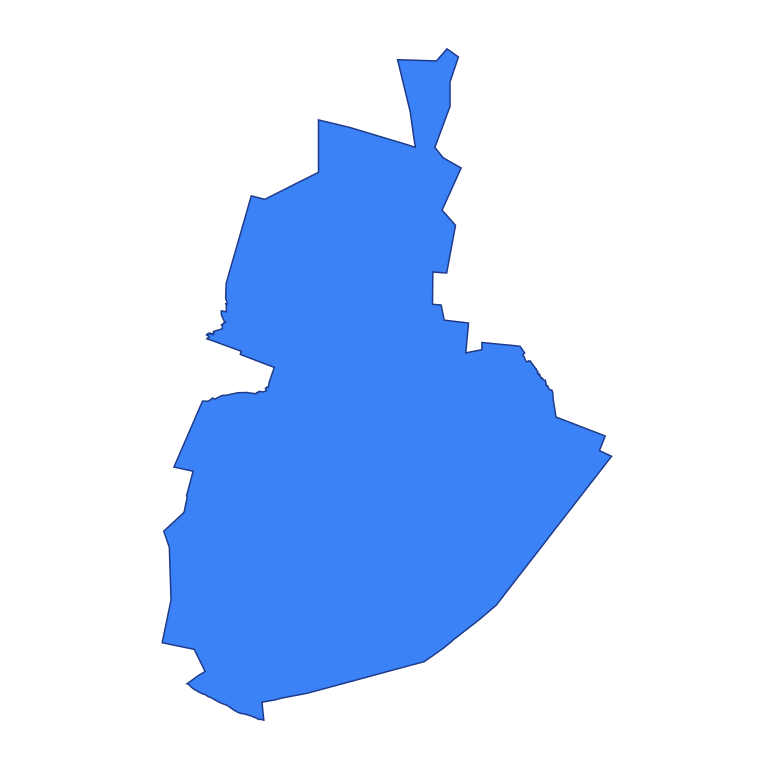 Villa de Ramos, San Luis Potosí, Mexico, rotated 269°
{"feature_id": "50627088B71687106347178", "entity_name": "Villa de Ramos", "entity_type": "district", "adm_level": 2, "iso_a3": "MEX", "parent_name": "Mexico", "parent_adm1": "San Luis Potosí", "projection": "mercator", "projection_center": [-101.949, 22.904], "detail": "fine", "context": "isolated", "style": "filled", "palette": "blue", "viewbox_px": 768, "rotation_deg": 269, "n_neighbors": 0, "source": "geoboundaries", "source_scale": "gbopen_adm2", "svg_char_len": 5381}
<svg xmlns="http://www.w3.org/2000/svg" viewBox="0 0 768 768"><g transform="rotate(269 384 384)"><path d="M574.4,254.6L566.6,252.2L532.3,241.7L508.9,234.5L502.4,232.5L500.7,232.0L499.9,231.8L499.2,231.5L498.5,231.3L497.4,231.0L493.2,229.7L492.8,229.6L492.1,229.4L487.2,227.9L472.8,227.2L471.2,227.5L469.7,228.0L468.5,228.5L466.8,228.5L467.0,227.2L465.4,227.6L464.1,227.8L462.2,227.6L460.6,227.6L459.0,227.6L460.0,222.6L458.2,222.6L457.5,222.6L457.4,222.5L456.3,222.7L455.5,222.8L455.4,222.8L449.8,225.3L448.4,225.7L448.4,226.1L447.9,225.2L447.4,224.2L446.9,224.4L446.4,223.4L445.9,222.4L445.2,222.8L445.1,223.0L444.2,223.3L442.7,223.4L442.1,223.4L441.6,221.7L440.7,218.7L440.2,217.1L440.3,217.0L439.7,215.4L439.7,215.1L439.3,214.3L438.7,214.5L438.3,214.5L438.2,214.6L437.8,214.6L437.4,214.7L437.3,214.2L436.6,214.3L436.6,214.2L436.5,213.8L436.4,213.7L436.4,213.3L436.8,213.3L437.3,213.2L437.3,212.9L436.8,212.9L436.8,212.4L436.8,212.1L437.3,212.1L437.3,211.5L437.5,211.4L437.5,210.8L437.9,210.9L437.9,210.4L437.8,209.5L437.0,208.1L436.1,207.4L435.8,207.9L436.3,208.5L435.9,209.2L434.9,209.1L434.3,210.1L433.6,209.8L433.1,208.4L432.3,207.7L430.0,213.9L419.2,241.9L416.1,240.8L410.0,255.9L402.5,274.6L388.0,269.3L384.1,268.5L382.8,268.2L383.0,267.0L382.9,266.9L382.3,266.2L381.6,265.5L381.6,265.4L379.2,266.3L378.3,263.2L378.2,262.9L378.8,259.2L378.4,259.1L378.6,258.4L377.8,258.1L377.7,257.0L377.4,256.4L376.5,256.2L377.0,252.4L377.2,250.9L377.6,248.2L377.9,247.7L377.8,246.5L377.9,246.0L377.9,244.8L377.9,243.7L377.8,240.4L377.9,238.3L377.7,237.3L377.6,236.2L377.4,235.5L377.1,234.2L376.8,232.6L376.6,231.4L376.4,230.1L376.1,229.2L375.8,228.4L375.6,226.0L375.4,223.9L375.5,222.6L374.7,220.4L373.2,217.3L372.5,216.0L371.7,215.0L373.0,212.4L372.5,211.7L372.4,211.7L372.1,211.3L372.0,211.2L371.8,211.0L371.4,210.3L371.0,209.6L370.5,208.9L370.1,208.2L369.9,207.0L370.0,205.8L370.0,205.3L370.0,204.5L370.0,203.7L370.0,202.9L370.0,202.2L335.2,186.4L304.6,172.5L300.1,191.6L275.5,184.6L274.0,185.2L259.1,181.8L240.7,161.2L224.5,166.5L171.9,167.3L129.2,157.7L126.3,170.5L122.0,189.6L99.8,200.1L98.2,197.6L96.4,194.4L94.7,191.8L92.5,188.7L92.0,188.0L88.3,182.6L87.7,181.8L87.6,182.3L87.2,182.9L87.0,183.3L86.8,183.5L86.5,183.9L86.0,184.3L85.6,184.9L85.1,185.3L84.5,185.8L83.7,186.8L83.0,187.6L82.5,188.3L82.1,188.8L82.0,189.0L81.6,189.4L81.3,189.9L81.2,190.1L81.2,190.5L81.2,191.0L80.7,191.6L80.5,191.8L80.1,192.1L79.8,192.4L79.1,193.6L79.3,193.8L79.0,194.3L78.7,194.8L78.2,195.7L77.8,196.5L77.5,197.0L77.3,197.7L77.0,198.3L76.9,198.8L76.7,199.4L76.5,200.0L75.9,200.7L75.6,201.2L75.3,201.6L75.0,202.1L74.7,202.5L74.5,202.8L74.1,203.9L74.0,204.1L73.8,204.9L70.5,210.4L68.5,214.0L65.2,221.9L60.0,229.0L59.9,229.6L59.5,230.2L59.3,230.7L59.2,230.8L58.7,231.4L58.5,231.6L58.3,231.9L58.3,232.0L58.1,232.6L57.6,233.7L57.1,235.1L57.0,236.1L56.7,237.6L56.6,238.1L56.3,239.0L56.1,239.6L56.2,240.0L55.9,240.8L55.6,241.7L55.3,242.5L55.2,242.6L54.8,244.1L54.7,244.4L54.7,244.6L54.5,245.2L54.1,246.1L53.9,246.7L53.6,247.1L53.3,247.6L53.2,247.7L53.1,248.2L53.0,248.5L52.9,248.9L52.2,250.3L52.0,250.7L51.8,251.0L51.4,251.8L51.0,252.5L50.9,252.6L50.9,252.9L50.8,253.9L50.8,254.7L50.7,255.3L50.7,255.5L50.7,255.8L50.4,256.6L50.3,256.8L50.2,257.1L50.1,257.3L50.0,258.0L56.4,257.4L57.7,257.3L68.0,256.5L68.7,261.0L69.1,263.2L69.5,266.1L70.1,269.7L71.1,273.8L71.5,275.4L71.8,276.7L76.2,302.1L90.6,359.4L101.8,403.6L105.7,419.4L118.9,438.9L121.7,442.4L125.8,447.6L127.1,448.9L127.5,449.4L128.8,451.3L133.2,457.1L139.7,465.8L144.8,472.6L148.0,476.7L149.3,478.3L150.1,479.3L155.5,485.8L160.9,492.4L170.3,499.9L171.0,500.5L171.6,500.9L172.5,501.7L173.3,502.3L179.9,507.6L189.2,515.0L190.7,516.3L211.6,533.1L219.0,539.0L226.4,545.0L226.5,545.0L227.8,546.0L231.0,548.6L234.8,551.6L306.0,608.9L307.7,610.3L313.6,598.3L314.7,598.7L316.2,599.3L317.7,600.0L319.2,600.6L320.6,601.2L322.2,601.8L323.6,602.4L325.1,603.0L326.6,603.6L328.1,604.3L329.4,601.2L330.7,598.1L331.8,595.4L333.0,592.3L334.2,589.3L336.0,584.9L337.3,581.8L338.1,579.7L339.9,575.4L341.1,572.5L341.9,570.5L342.3,569.4L342.8,568.1L344.0,565.2L345.3,562.0L346.2,559.8L348.0,555.4L366.5,552.8L372.0,552.7L373.4,552.2L374.4,551.9L375.0,551.7L375.5,549.5L376.0,548.8L377.0,548.4L377.0,548.6L378.3,548.0L379.3,547.5L379.1,547.3L378.9,547.1L379.4,546.4L379.7,546.2L380.7,546.0L380.9,546.1L381.3,545.8L381.4,545.7L382.0,545.8L382.2,546.0L385.0,545.3L385.0,544.1L385.6,543.3L386.3,542.8L386.6,542.7L387.3,542.2L386.9,541.6L388.5,540.7L389.0,540.4L389.7,539.7L390.1,540.1L391.5,539.2L391.0,538.5L391.4,538.2L392.4,537.5L392.6,537.5L393.1,537.7L393.4,538.1L394.2,537.6L396.2,536.2L396.4,536.4L396.6,536.3L397.1,535.7L397.5,535.4L398.2,535.0L398.3,534.9L400.3,533.4L400.6,533.4L401.1,533.1L401.2,532.9L401.5,532.6L403.2,531.5L404.5,530.6L404.0,529.4L404.6,529.0L403.7,527.2L403.6,526.8L404.6,526.2L407.1,525.1L408.8,524.6L410.4,523.2L412.6,525.2L419.4,520.6L423.8,482.6L416.6,482.5L413.7,466.3L442.7,469.5L443.5,469.5L446.8,445.3L462.0,442.5L462.8,433.9L495.1,434.8L494.3,443.7L493.9,448.6L541.4,458.3L556.8,445.1L598.6,464.9L609.2,447.0L610.7,445.9L619.7,439.0L660.2,454.8L662.1,454.9L684.8,455.3L709.7,464.1L718.0,452.8L706.1,442.1L708.0,403.2L693.0,406.6L655.6,415.0L630.0,418.1L620.1,419.5L622.9,411.3L629.5,390.6L640.9,354.9L649.2,323.1L596.8,322.2L587.5,302.7L585.5,298.6L570.7,268.0L574.4,254.6Z" fill="#3b82f6" stroke="#1e3a8a" stroke-width="1.5"/></g></svg>